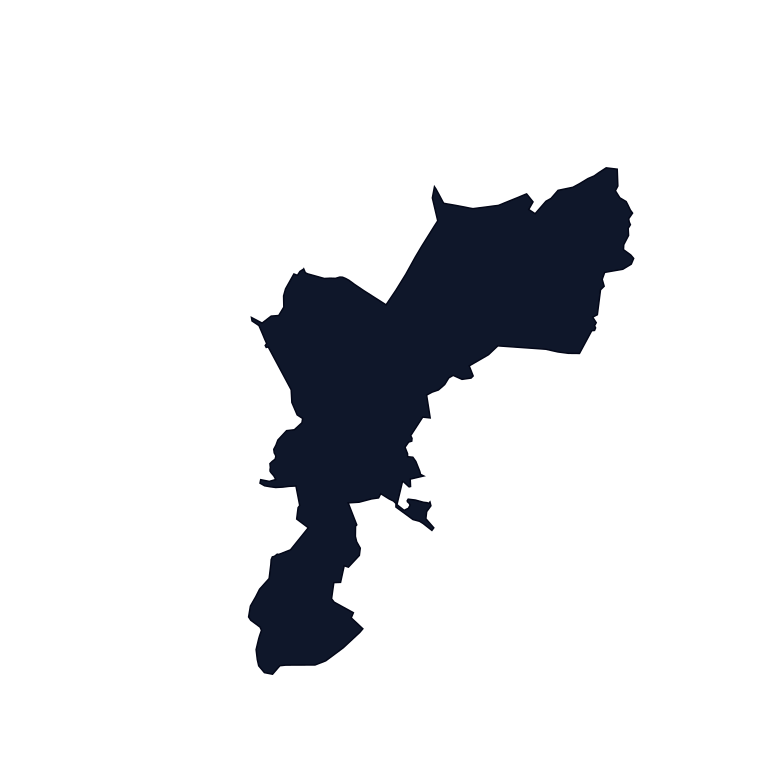 Al Manaqil, Gezira, Sudan, rotated 213°
{"feature_id": "16777658B54371162299186", "entity_name": "Al Manaqil", "entity_type": "district", "adm_level": 2, "iso_a3": "SDN", "parent_name": "Sudan", "parent_adm1": "Gezira", "projection": "orthographic", "projection_center": [32.93, 14.177], "detail": "fine", "context": "isolated", "style": "filled", "palette": "ink", "viewbox_px": 768, "rotation_deg": 213, "n_neighbors": 0, "source": "geoboundaries", "source_scale": "gbopen_adm2", "svg_char_len": 3464}
<svg xmlns="http://www.w3.org/2000/svg" viewBox="0 0 768 768"><g transform="rotate(213 384 384)"><path d="M277.3,667.2L280.3,668.9L287.6,668.6L295.2,672.1L295.7,677.4L305.4,691.2L315.4,686.3L318.9,678.4L321.1,672.9L324.8,667.4L329.0,658.7L332.7,651.9L343.5,641.2L345.0,630.6L347.7,625.5L350.0,609.1L357.7,609.2L358.2,617.9L367.9,621.1L368.7,620.1L372.9,613.9L378.5,605.9L381.5,601.6L383.2,599.1L385.3,596.1L389.5,592.6L392.5,590.0L397.9,585.4L400.2,583.5L402.4,581.6L403.0,581.1L404.9,579.5L408.4,578.0L412.5,576.4L422.0,572.5L427.6,570.1L428.0,569.9L429.4,569.3L432.4,568.1L434.7,569.3L436.1,570.1L436.3,570.2L442.1,573.4L443.6,574.2L445.8,575.4L446.5,575.8L449.1,576.9L444.8,566.4L427.8,550.1L427.8,544.0L427.4,520.1L426.9,507.6L425.5,487.8L425.1,469.2L425.4,451.5L451.7,451.3L463.2,451.5L470.0,451.9L473.7,451.6L476.9,451.0L479.3,449.6L482.2,446.2L486.8,443.4L491.5,440.0L495.0,438.9L501.4,436.9L508.0,434.8L510.6,434.5L514.0,436.8L514.0,436.7L514.8,434.9L515.8,432.6L515.8,428.0L519.5,427.2L518.4,410.2L516.2,403.2L509.9,393.9L509.6,384.1L515.6,379.5L519.4,368.7L531.4,367.6L529.0,365.0L520.7,364.9L514.4,360.7L508.4,356.6L504.4,354.0L504.6,351.6L502.7,350.5L501.2,352.0L458.7,328.6L451.2,318.3L445.2,314.3L440.0,310.8L433.5,310.8L431.7,306.8L434.3,296.8L440.3,291.8L442.5,279.2L441.3,273.8L440.9,269.2L438.5,266.4L436.5,265.4L435.2,264.2L434.4,261.6L435.6,258.2L436.3,255.1L433.8,252.0L432.9,250.0L432.0,248.8L430.4,248.1L429.0,247.7L426.5,247.0L424.6,246.0L422.8,244.9L427.1,239.9L435.3,236.6L434.0,233.3L428.7,233.6L423.8,235.7L418.5,238.2L412.6,242.5L408.1,246.3L402.3,250.5L388.5,236.2L388.7,233.5L383.7,223.2L369.2,222.2L372.1,194.0L379.4,183.8L380.9,183.1L381.6,181.0L382.1,179.7L383.5,178.2L383.0,175.3L380.7,171.2L374.4,158.3L376.6,144.1L375.7,135.8L375.1,125.0L370.7,114.9L367.1,113.3L355.5,112.6L352.6,110.7L351.2,105.0L350.3,102.0L346.6,91.6L340.2,83.9L335.6,79.4L327.1,76.8L319.4,79.9L317.9,91.0L313.2,94.8L288.8,110.8L282.1,120.1L274.5,140.6L269.0,162.6L268.4,167.2L284.1,170.0L285.1,175.5L307.0,173.9L311.0,175.3L317.9,190.1L312.4,194.0L318.4,209.9L314.1,211.0L311.3,226.8L314.5,233.4L321.0,236.8L325.0,240.6L330.4,249.2L330.1,251.0L349.3,264.8L340.5,271.3L331.8,280.9L326.5,285.5L327.0,290.2L317.2,290.4L312.3,291.0L308.9,290.3L307.0,287.3L285.9,286.1L279.4,288.2L275.3,288.3L264.1,287.3L263.9,290.5L275.5,293.8L278.7,300.2L278.3,307.4L281.2,310.1L281.6,308.0L282.9,308.0L283.3,307.9L286.5,306.3L294.4,303.8L301.0,300.6L301.0,298.8L300.2,298.0L298.1,297.7L296.2,296.7L296.0,295.4L296.0,295.2L296.0,294.7L296.0,294.4L296.0,294.2L295.7,293.4L298.3,289.0L305.7,289.7L307.5,290.0L315.4,312.4L314.5,312.6L313.6,312.5L311.8,312.2L308.9,311.7L307.8,311.5L307.7,311.5L307.2,311.4L306.9,311.4L305.9,312.5L310.2,318.5L300.6,328.5L304.1,328.1L306.5,330.3L315.1,336.4L319.9,338.3L324.6,335.9L326.3,338.4L331.9,342.4L331.7,348.7L329.6,351.2L330.9,353.7L333.5,355.2L333.5,377.3L326.8,380.7L342.2,397.9L339.2,403.4L335.1,408.6L332.8,416.6L333.0,424.4L330.7,428.9L321.1,430.4L314.2,436.4L313.6,439.3L322.4,445.6L312.3,465.5L309.3,478.0L267.4,501.2L255.6,505.6L246.0,510.2L236.7,516.1L238.8,541.8L236.6,543.6L237.1,546.3L239.2,547.6L239.4,551.0L245.4,553.7L242.8,558.3L253.7,580.9L252.6,585.9L258.0,590.6L259.7,597.8L246.2,610.3L241.9,619.2L243.0,625.3L247.3,626.6L256.3,627.1L258.8,631.4L259.8,641.8L264.0,647.6L264.1,651.8L266.5,653.4L268.8,655.8L268.6,662.7L272.2,664.1L277.3,667.2L277.3,667.2Z" fill="#0f172a" stroke="#020617" stroke-width="1.5"/></g></svg>